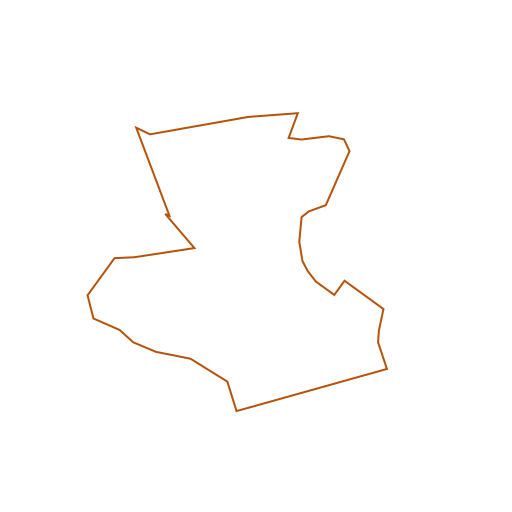 Suyeong-gu, Busan, South Korea (Natural Earth projection), rotated 306°
{"feature_id": "91817680B55707549130569", "entity_name": "Suyeong-gu", "entity_type": "district", "adm_level": 2, "iso_a3": "KOR", "parent_name": "South Korea", "parent_adm1": "Busan", "projection": "natural_earth1", "projection_center": [129.113, 35.156], "detail": "fine", "context": "isolated", "style": "outline", "palette": "amber", "viewbox_px": 512, "rotation_deg": 306, "n_neighbors": 0, "source": "geoboundaries", "source_scale": "gbopen_adm2", "svg_char_len": 595}
<svg xmlns="http://www.w3.org/2000/svg" viewBox="0 0 512 512"><g transform="rotate(306 256 256)"><path d="M289.4,83.7L237.7,162.3L236.7,157.9L226.2,201.5L183.4,158.2L171.1,142.8L125.2,142.8L109.9,161.3L116.0,189.2L114.0,207.4L119.6,231.3L134.4,263.4L137.5,306.7L119.1,331.4L241.6,428.3L257.9,405.5L268.0,399.2L288.0,390.3L288.0,342.2L270.5,342.2L270.5,319.4L274.2,306.7L279.2,296.6L293.0,282.6L314.3,270.0L323.1,272.5L338.2,282.6L395.8,270.0L402.1,258.6L395.8,244.6L377.0,224.4L370.7,213.0L396.1,205.9L363.9,167.9L292.1,98.7L289.4,83.7Z" fill="none" stroke="#b45309" stroke-width="2"/></g></svg>